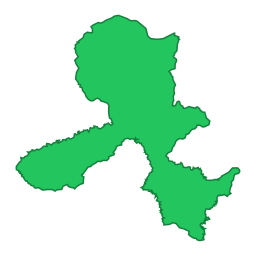 Sop Moei, Mae Hong Son, Thailand (Robinson projection), rotated 90°
{"feature_id": "78962969B61327440501471", "entity_name": "Sop Moei", "entity_type": "district", "adm_level": 2, "iso_a3": "THA", "parent_name": "Thailand", "parent_adm1": "Mae Hong Son", "projection": "robinson", "projection_center": [98.073, 17.904], "detail": "fine", "context": "isolated", "style": "filled", "palette": "green", "viewbox_px": 256, "rotation_deg": 90, "n_neighbors": 0, "source": "geoboundaries", "source_scale": "gbopen_adm2", "svg_char_len": 5851}
<svg xmlns="http://www.w3.org/2000/svg" viewBox="0 0 256 256"><g transform="rotate(90 128 128)"><path d="M194.9,27.7L193.5,25.1L192.1,26.5L188.1,25.7L185.1,24.3L182.0,24.6L179.8,22.6L175.6,21.9L174.2,20.8L173.4,17.5L171.6,16.3L169.9,16.5L167.9,18.5L168.0,23.5L172.3,27.3L176.1,34.3L177.2,34.9L178.8,37.2L179.7,37.0L180.1,38.0L179.1,38.4L179.7,39.7L179.4,41.6L179.9,42.1L180.3,45.2L180.3,49.3L178.9,50.6L177.4,49.7L176.6,51.3L178.0,52.3L175.1,53.2L174.2,52.7L174.0,54.8L171.3,54.3L168.5,55.8L169.5,56.6L169.1,57.3L167.5,57.7L168.6,61.1L167.8,61.9L168.4,62.5L167.8,62.8L169.9,63.3L169.9,64.9L169.1,65.6L167.4,65.6L166.7,67.1L167.5,69.3L167.3,72.6L163.9,73.8L162.6,75.0L163.8,75.5L164.7,80.2L163.9,81.3L162.5,81.2L162.4,82.9L161.4,83.7L160.9,87.3L157.7,87.9L156.1,90.2L153.2,88.3L151.1,84.5L147.6,83.5L145.3,81.7L141.2,80.1L139.7,78.5L138.5,76.2L139.0,73.1L138.0,71.0L134.4,69.8L133.9,67.5L130.4,65.0L129.3,63.6L128.7,61.1L127.0,59.4L125.1,59.0L125.3,55.9L126.9,53.5L126.8,51.5L124.7,47.1L121.1,46.2L117.8,49.7L112.2,51.3L112.2,53.4L110.9,54.6L110.7,55.6L108.8,56.3L107.0,58.4L107.1,59.7L108.3,60.3L106.6,67.1L108.2,70.4L108.3,72.6L106.3,73.2L104.8,75.7L101.8,76.4L101.2,77.2L101.7,78.7L105.5,80.5L106.1,82.8L105.6,83.6L104.0,83.1L102.6,83.5L100.9,82.3L96.4,82.8L93.4,81.5L91.0,82.1L87.6,81.8L84.9,80.5L79.1,83.3L77.3,83.1L74.0,85.4L73.5,85.1L71.6,87.1L69.6,84.5L68.6,81.0L64.1,80.9L60.7,79.4L59.1,79.8L57.2,82.3L56.2,82.6L54.7,81.5L53.6,81.5L50.9,79.2L44.2,78.6L39.7,77.1L39.3,77.5L39.1,76.8L38.5,77.5L37.4,77.3L37.2,78.0L36.7,77.7L35.5,81.5L33.2,81.3L33.2,81.9L38.7,92.9L39.3,98.7L38.7,105.0L37.0,107.4L35.6,108.3L28.4,110.2L21.1,119.0L20.5,121.2L20.8,124.0L20.4,126.0L18.5,129.1L15.4,137.5L16.2,141.8L17.8,143.9L20.3,150.1L22.6,153.6L23.1,156.0L22.5,157.7L25.2,163.2L26.8,165.0L28.9,163.6L32.4,163.6L32.9,164.8L32.2,168.6L34.1,171.7L37.7,172.9L41.1,177.5L42.4,177.1L42.1,178.9L43.3,178.6L44.8,180.7L47.2,180.4L48.5,181.4L49.6,180.5L52.5,180.3L56.7,177.8L60.3,181.2L64.1,179.8L68.1,177.2L72.5,179.5L78.9,180.4L82.8,177.6L84.5,177.5L84.8,175.5L86.9,176.1L87.8,173.8L90.5,173.5L93.4,171.0L96.6,169.9L99.5,167.5L100.8,165.3L100.8,163.1L98.5,159.7L98.3,158.3L99.3,156.3L101.3,154.8L101.5,152.7L103.2,148.6L105.3,147.1L112.0,147.4L116.7,146.7L118.4,146.2L119.0,144.8L121.7,143.8L122.6,144.5L123.5,143.1L124.0,143.2L125.4,145.0L123.1,147.7L124.3,149.8L124.3,151.5L125.0,152.1L125.9,151.5L128.7,155.3L128.4,157.8L126.9,158.6L126.0,162.0L127.7,161.8L128.2,164.1L127.7,165.7L132.0,167.3L129.8,168.7L130.5,170.8L130.2,172.4L131.6,172.9L132.2,175.3L133.5,176.6L132.8,177.1L131.3,176.9L131.3,177.5L132.2,178.4L133.8,177.5L134.8,179.7L133.8,180.7L133.9,181.5L137.4,182.1L139.0,185.1L138.8,186.4L137.9,187.1L138.9,189.7L140.4,190.0L139.6,191.9L139.7,193.2L140.9,193.6L143.1,197.5L142.7,198.3L140.3,196.6L140.6,199.6L142.4,199.9L142.9,202.6L145.1,204.7L143.9,206.6L143.5,209.1L144.2,209.6L146.3,209.0L146.2,212.4L148.9,215.2L149.9,217.9L149.2,218.8L150.8,222.0L149.8,223.3L149.9,224.0L150.8,223.8L151.5,225.9L152.3,226.1L152.0,228.3L153.9,227.1L156.0,229.0L156.6,231.1L157.7,231.9L158.2,234.0L157.5,235.0L158.4,235.2L159.4,234.4L161.6,235.3L161.9,236.3L166.5,239.7L169.7,239.6L170.7,237.2L172.4,237.4L171.5,236.8L172.1,235.7L173.3,236.1L173.5,234.9L174.4,234.7L174.7,233.7L175.9,234.5L176.9,233.6L177.0,232.4L178.6,232.0L181.1,230.2L181.2,228.7L183.6,227.6L184.0,225.7L185.3,225.1L186.0,222.6L187.7,221.5L188.1,220.5L187.6,217.6L190.1,213.2L189.5,208.8L189.6,203.6L191.1,201.0L189.7,198.8L189.5,194.3L186.1,192.9L184.5,188.5L186.2,187.8L187.0,186.7L188.0,182.1L188.8,181.3L186.8,179.6L184.4,176.0L183.4,172.9L176.9,172.2L176.3,173.6L174.7,174.3L174.4,173.3L167.1,168.0L166.4,165.0L165.4,164.6L162.8,160.0L161.8,159.3L161.3,157.3L161.6,155.6L160.4,152.8L160.5,149.2L158.5,147.1L156.8,147.4L154.8,142.1L153.6,141.6L152.5,142.8L149.2,140.3L146.9,139.6L145.8,138.4L144.9,134.4L142.4,134.4L140.8,132.3L138.9,131.4L138.3,127.9L139.3,126.0L138.8,124.4L139.2,121.2L138.0,120.5L139.1,120.1L139.4,118.2L140.6,120.6L140.4,121.5L141.2,121.2L143.1,119.3L142.0,117.1L143.6,116.1L143.4,114.5L144.8,114.3L147.7,111.8L149.9,111.8L151.1,110.7L152.2,111.6L152.6,110.5L154.2,110.1L154.4,108.9L155.5,107.8L157.7,108.8L158.1,108.0L159.3,108.1L159.9,106.8L161.9,105.5L164.3,106.0L164.7,105.0L166.4,104.6L167.9,103.1L169.6,103.9L171.3,103.5L171.5,104.4L172.4,104.5L172.5,105.7L174.2,107.0L175.3,106.9L178.2,109.2L179.2,108.5L180.2,109.5L179.7,110.4L181.3,110.1L182.2,111.2L183.7,110.4L184.0,111.1L183.5,111.4L186.4,112.5L187.5,114.8L188.4,113.4L189.9,112.7L189.3,111.8L189.8,111.3L189.9,107.4L191.1,107.6L191.3,106.4L190.5,105.4L191.7,105.1L190.8,104.4L191.9,104.3L191.7,103.6L193.6,103.8L193.8,103.2L192.8,102.8L194.4,101.2L194.0,100.1L197.1,100.7L195.8,99.5L197.7,98.2L200.7,99.5L201.4,97.2L202.4,96.8L202.1,95.6L204.0,96.9L204.7,95.3L205.3,96.3L207.1,96.5L208.0,95.0L209.7,95.3L210.0,93.8L211.0,94.6L211.0,95.3L211.3,94.9L212.4,95.7L214.3,93.6L214.6,94.1L217.6,93.2L217.8,93.6L217.8,91.8L218.9,92.7L218.9,93.8L220.1,93.2L220.9,93.6L223.9,91.9L224.9,92.1L224.4,86.6L222.7,82.8L223.7,79.7L227.7,76.6L228.8,72.3L231.3,66.9L234.5,67.4L236.0,65.8L238.1,62.4L238.3,60.1L239.8,58.9L240.6,56.2L239.7,52.1L238.0,52.3L237.9,53.4L235.7,52.1L234.2,53.0L234.4,51.2L230.0,51.8L229.6,52.5L228.6,51.0L228.5,52.6L227.6,52.6L228.3,53.6L227.1,53.7L227.6,54.7L226.9,55.1L226.2,54.5L225.4,55.9L223.6,55.2L223.0,54.4L224.0,53.8L223.3,53.0L223.6,50.9L222.1,51.0L221.8,51.8L220.6,50.5L220.1,50.4L220.1,51.4L218.4,50.6L220.2,49.2L219.1,46.4L218.4,46.6L218.2,47.6L217.3,47.8L217.7,49.3L215.3,50.6L214.4,50.1L213.0,51.2L209.0,50.0L209.3,46.0L208.5,45.9L207.4,43.6L205.0,42.3L205.6,41.5L204.4,41.6L204.6,40.0L203.3,40.1L203.2,39.4L201.9,38.9L201.5,40.4L200.5,38.9L197.3,39.0L195.4,37.7L195.7,36.7L195.0,36.2L195.5,34.7L194.5,31.7L196.4,28.7L194.9,27.7Z" fill="#22c55e" stroke="#15803d" stroke-width="1.5"/></g></svg>